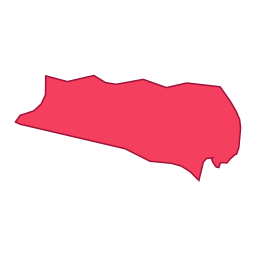 Redcar and Cleveland, Natural Earth projection, rotated 180°
{"feature_id": "GBR-2032", "entity_name": "Redcar and Cleveland", "entity_type": "Unitary Authority", "adm_level": 1, "iso_a3": "GBR", "parent_name": "United Kingdom", "parent_adm1": "", "projection": "natural_earth1", "projection_center": [-1.077, 54.567], "detail": "fine", "context": "isolated", "style": "filled", "palette": "rose", "viewbox_px": 256, "rotation_deg": 180, "n_neighbors": 0, "source": "natural_earth", "source_scale": "10m", "svg_char_len": 692}
<svg xmlns="http://www.w3.org/2000/svg" viewBox="0 0 256 256"><g transform="rotate(180 128 128)"><path d="M29.2,93.0L29.7,93.1L34.6,93.4L36.0,92.3L36.5,90.2L37.2,88.5L39.7,88.9L41.0,90.6L43.1,93.8L44.4,96.9L43.5,98.3L49.6,97.4L52.7,93.9L57.1,75.5L66.0,84.4L74.7,89.9L84.6,92.7L106.1,94.8L131.0,107.3L236.0,131.8L240.6,134.0L240.3,134.5L235.8,140.7L222.3,145.1L214.8,152.0L210.5,161.3L210.3,180.1L188.6,174.4L162.1,180.5L150.5,173.4L139.8,171.7L112.7,176.6L89.6,168.4L69.3,173.0L35.9,169.2L32.2,164.0L25.9,155.0L20.3,145.6L16.4,136.6L15.4,128.0L15.9,122.2L17.2,108.2L19.5,101.7L20.7,101.7L25.8,97.1L27.8,94.5L29.2,93.0L29.2,93.0Z" fill="#f43f5e" stroke="#9f1239" stroke-width="1.5"/></g></svg>